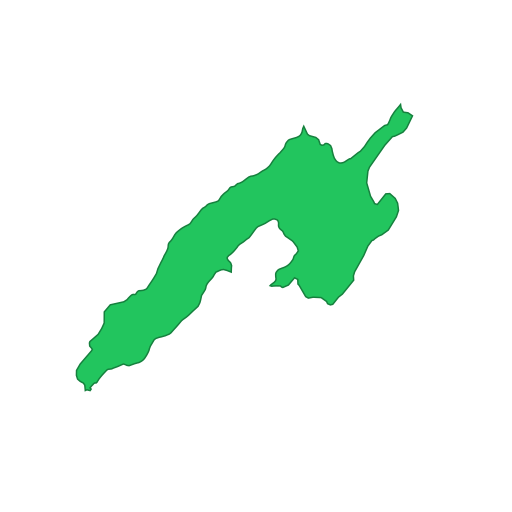 outline of Mazatenango, Suchitepéquez, Guatemala, rotated 33°
{"feature_id": "79465075B41985315945162", "entity_name": "Mazatenango", "entity_type": "district", "adm_level": 2, "iso_a3": "GTM", "parent_name": "Guatemala", "parent_adm1": "Suchitepéquez", "projection": "orthographic", "projection_center": [-91.525, 14.505], "detail": "fine", "context": "isolated", "style": "filled", "palette": "green", "viewbox_px": 512, "rotation_deg": 33, "n_neighbors": 0, "source": "geoboundaries", "source_scale": "gbopen_adm2", "svg_char_len": 5135}
<svg xmlns="http://www.w3.org/2000/svg" viewBox="0 0 512 512"><g transform="rotate(33 256 256)"><path d="M186.1,461.8L187.0,460.3L188.5,459.8L190.2,459.2L190.2,457.4L188.6,457.0L188.9,454.3L189.2,452.9L189.4,451.5L189.9,450.2L191.0,449.7L191.4,448.3L191.3,447.2L191.3,444.4L191.5,442.2L191.8,439.8L192.3,436.8L193.0,432.9L193.7,431.5L195.0,430.5L196.5,429.2L197.4,427.7L198.4,426.4L200.2,424.0L203.6,418.8L205.3,418.3L207.4,418.0L209.3,417.1L212.7,412.6L214.7,410.3L215.8,409.2L216.9,407.3L217.4,406.2L217.8,405.1L218.1,404.0L218.3,402.4L218.3,400.3L218.3,399.1L218.1,396.5L217.9,394.9L217.6,393.3L217.1,391.9L216.5,389.2L216.2,381.7L216.9,379.7L218.0,378.3L219.0,377.0L220.6,375.4L223.4,372.2L224.6,370.4L225.7,368.9L226.1,367.9L226.5,366.8L226.8,364.7L227.2,362.0L227.4,360.9L227.7,359.1L227.9,357.7L228.1,356.3L228.4,353.9L228.6,352.2L228.8,350.8L229.4,348.8L230.0,347.4L230.8,345.3L231.7,342.4L232.4,339.4L233.1,336.4L234.8,329.8L234.6,328.1L234.5,326.9L234.3,325.6L233.5,323.1L231.8,318.7L231.8,316.8L231.8,314.9L231.7,311.7L231.3,310.3L230.5,308.3L230.3,307.1L230.2,305.7L230.3,303.8L230.5,302.3L231.1,299.0L231.3,296.8L231.1,294.2L231.2,291.3L231.9,290.3L233.2,288.2L234.3,286.6L236.1,285.0L239.6,283.9L244.0,283.0L241.9,279.5L240.8,277.4L238.7,275.7L237.2,275.2L235.5,274.9L234.2,274.4L233.2,273.8L232.6,272.8L232.9,270.4L233.7,268.6L234.5,265.6L234.9,263.4L235.4,259.0L235.4,257.5L235.9,255.2L236.6,253.6L237.6,251.4L238.0,250.3L238.7,248.0L239.1,246.9L240.2,244.4L240.5,240.9L240.8,235.1L241.0,232.4L241.6,230.3L244.5,225.9L245.9,223.6L248.0,219.1L249.8,216.0L251.3,214.9L253.0,214.4L254.3,214.2L255.5,214.7L256.9,215.9L257.6,217.1L258.3,218.2L259.1,219.1L260.9,220.1L262.8,220.4L264.7,220.6L265.9,221.2L267.5,222.3L270.0,223.3L272.5,223.3L274.9,223.4L278.1,223.5L279.5,223.8L285.7,226.1L288.7,228.7L288.6,232.3L288.1,234.1L288.0,235.3L288.5,237.2L288.9,238.7L288.7,242.6L288.5,244.0L288.2,245.3L287.6,247.0L286.6,249.0L285.4,250.8L284.3,252.2L283.4,253.5L282.7,254.4L282.0,256.1L281.8,258.8L282.3,260.4L283.6,262.3L284.6,263.5L285.4,264.4L285.9,266.1L285.6,268.2L284.9,270.0L284.2,271.9L284.0,273.2L285.6,272.8L287.2,271.5L289.3,270.0L292.8,267.8L294.4,268.1L295.6,267.8L299.0,262.7L300.2,253.3L303.8,252.9L306.5,256.7L308.2,257.1L319.8,263.0L322.8,262.8L326.4,259.4L333.3,255.4L340.0,255.7L342.0,257.0L345.0,256.5L346.7,254.7L347.6,245.5L349.2,240.9L351.1,223.1L348.5,219.6L347.3,215.5L346.1,197.0L344.4,186.7L344.8,179.9L345.8,178.6L346.3,176.6L347.9,172.6L349.9,169.7L352.8,162.2L352.4,146.7L350.7,140.2L348.4,137.4L346.0,134.6L341.4,131.9L334.2,130.8L331.0,133.2L329.7,146.7L326.9,147.5L325.3,146.4L319.5,143.5L309.0,134.4L303.6,123.8L302.8,119.6L303.7,93.0L305.4,81.6L307.0,80.0L308.6,77.5L311.8,72.1L312.6,66.6L310.9,53.2L305.5,53.1L301.2,55.1L296.9,52.7L294.7,50.2L294.4,53.3L293.9,56.7L293.7,58.5L293.6,60.2L293.6,62.0L293.6,64.1L293.7,66.3L293.9,67.4L294.3,69.2L294.5,70.6L294.8,72.6L294.8,74.3L292.8,76.5L288.8,87.7L287.7,94.8L287.4,99.7L287.4,105.1L286.5,111.3L285.4,113.7L282.4,122.8L281.5,123.6L280.8,125.0L279.8,127.2L279.1,128.9L278.2,130.2L276.7,131.7L275.2,132.6L272.8,132.8L271.2,132.5L268.4,131.3L265.8,129.3L262.8,126.5L261.1,124.6L258.4,122.8L255.4,122.7L254.0,123.1L252.8,124.0L252.4,125.9L250.9,127.3L249.0,127.4L245.2,124.4L241.6,124.0L235.2,126.0L232.8,125.8L225.4,121.2L225.8,123.6L226.7,125.9L227.2,127.2L227.4,129.0L227.4,130.6L227.0,131.9L226.4,133.0L225.6,134.3L224.7,135.4L222.5,137.9L220.6,140.2L220.1,141.3L219.8,143.3L219.7,144.6L219.9,146.2L220.6,148.5L220.7,150.3L220.6,151.5L220.4,153.0L220.1,154.9L220.0,156.2L219.5,158.0L219.1,160.2L218.7,162.7L218.4,166.7L218.4,169.2L218.4,170.9L218.3,173.1L217.6,175.9L216.9,177.9L215.9,179.8L215.3,180.8L214.6,182.3L214.2,183.3L213.3,185.6L212.5,187.0L211.3,188.7L210.3,190.0L209.2,191.1L208.3,191.8L207.0,193.6L206.0,196.2L205.5,197.6L204.5,200.5L203.7,202.1L202.4,204.1L201.2,205.3L200.6,207.1L200.1,209.2L198.8,210.5L197.5,211.7L197.0,212.8L196.9,214.7L196.8,216.4L196.2,218.2L195.4,220.4L195.0,221.9L194.7,223.5L194.4,225.0L194.5,229.0L194.3,230.5L193.0,232.4L188.3,237.6L187.3,239.5L186.9,241.6L186.2,243.4L185.4,244.8L184.9,247.0L184.6,251.7L184.4,254.2L184.0,256.2L183.6,257.7L183.2,259.6L183.2,261.9L183.2,263.4L183.1,264.9L182.2,266.8L181.2,268.4L180.4,269.8L179.4,271.7L178.5,273.6L177.9,275.3L177.1,277.7L176.5,279.8L176.3,282.4L176.5,286.1L176.5,288.0L176.3,290.0L175.9,291.8L176.0,293.4L176.4,294.5L177.5,296.5L178.0,297.9L178.5,300.6L178.7,302.9L178.8,304.8L178.9,306.2L179.2,307.4L179.4,309.2L179.6,310.5L179.8,313.1L180.7,320.2L181.3,322.2L182.1,325.0L182.3,330.2L182.3,332.5L182.3,334.5L182.2,338.0L182.2,339.6L182.2,340.9L182.2,342.5L181.9,343.7L181.0,345.0L180.2,346.1L178.2,347.8L176.7,348.9L176.0,350.3L175.9,351.9L175.9,353.7L175.0,354.6L173.9,355.1L173.0,356.3L172.6,357.6L172.3,358.9L171.9,361.0L171.7,362.8L170.1,366.4L160.4,376.3L159.2,385.5L163.6,392.4L165.2,394.9L166.1,400.9L166.3,407.7L163.3,418.2L163.7,419.7L165.6,422.1L168.0,422.8L169.6,423.5L169.7,425.2L167.4,442.3L167.8,449.7L170.4,453.9L173.4,456.4L176.8,456.9L180.5,456.6L182.8,457.6L186.1,461.8Z" fill="#22c55e" stroke="#15803d" stroke-width="1.5"/></g></svg>